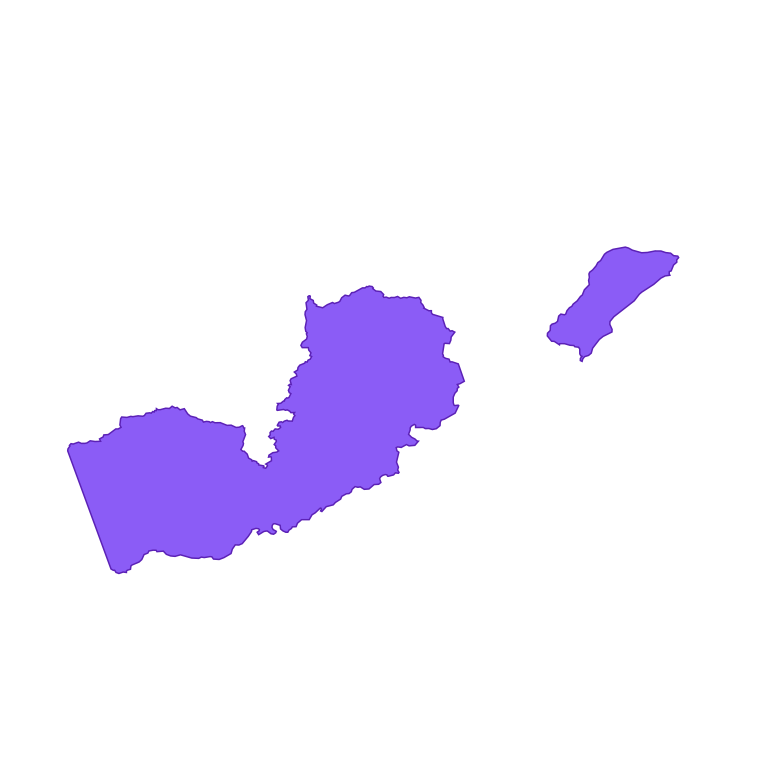 the district of Senador José Porfírio, Pará, Brazil, rotated 70°
{"feature_id": "56859067B45704380101234", "entity_name": "Senador José Porfírio", "entity_type": "district", "adm_level": 2, "iso_a3": "BRA", "parent_name": "Brazil", "parent_adm1": "Pará", "projection": "natural_earth1", "projection_center": [-51.783, -3.822], "detail": "fine", "context": "isolated", "style": "filled", "palette": "violet", "viewbox_px": 768, "rotation_deg": 70, "n_neighbors": 0, "source": "geoboundaries", "source_scale": "gbopen_adm2", "svg_char_len": 6140}
<svg xmlns="http://www.w3.org/2000/svg" viewBox="0 0 768 768"><g transform="rotate(70 384 384)"><path d="M338.7,704.1L464.5,703.8L466.5,702.1L466.9,700.8L469.4,700.3L471.4,697.9L471.5,693.4L473.0,690.5L471.7,690.0L471.2,688.9L471.4,685.6L468.5,684.1L467.9,682.7L467.5,674.9L466.1,671.6L462.2,667.8L462.1,663.7L460.5,662.0L461.2,657.8L462.3,655.0L463.9,654.7L465.6,648.5L469.6,646.8L472.6,643.3L474.5,639.3L474.9,633.7L481.8,624.2L484.5,617.7L484.2,614.8L485.6,612.3L486.7,606.5L487.5,604.9L490.2,604.1L492.5,598.9L492.4,593.8L491.0,585.7L487.3,583.0L484.3,578.8L485.7,575.4L485.5,571.8L480.7,563.6L477.4,559.1L475.7,558.1L475.9,553.7L477.1,551.4L478.3,550.9L479.2,551.5L479.9,553.9L482.7,553.3L481.5,547.3L481.9,544.9L482.4,543.8L486.1,541.4L487.4,539.1L486.8,536.7L485.6,535.6L482.8,538.0L480.4,538.3L478.6,537.3L477.6,535.8L478.0,534.2L481.3,529.9L484.8,530.8L487.4,529.3L489.7,527.0L490.4,525.1L488.8,523.2L488.1,520.4L486.9,519.0L488.0,515.4L485.2,512.9L483.3,507.8L485.9,500.7L482.3,496.4L481.5,492.6L478.9,486.6L479.0,485.8L480.1,485.6L481.6,487.0L482.6,486.0L479.5,480.2L480.2,473.0L478.7,470.2L477.3,464.1L475.1,462.1L474.3,456.9L475.0,454.3L474.1,451.6L472.1,450.1L470.5,446.3L472.1,443.9L472.6,441.4L476.2,438.6L477.5,434.0L475.1,427.7L476.4,423.3L475.5,420.6L471.5,420.5L470.2,419.1L469.4,416.6L469.5,413.8L470.3,412.4L471.9,412.1L472.2,411.4L472.7,406.1L471.4,403.7L472.8,401.0L472.2,400.1L469.5,400.6L467.1,398.9L461.7,399.0L453.2,393.4L451.2,394.7L447.9,394.3L447.8,392.6L449.5,389.5L448.6,383.6L450.7,381.6L452.2,376.0L449.5,371.2L448.8,372.5L446.3,373.7L443.5,376.3L439.7,378.1L436.2,375.2L434.2,374.4L433.0,372.8L432.3,369.4L433.5,368.4L435.7,369.2L438.3,361.9L440.0,360.5L441.2,357.0L443.3,354.1L443.9,350.1L442.3,345.6L439.2,344.2L437.5,342.6L437.7,339.2L435.7,327.1L429.9,321.2L429.3,321.5L428.4,325.0L427.5,325.5L425.2,325.3L420.0,323.4L416.9,320.5L415.4,317.6L413.2,316.6L412.5,314.7L409.5,315.3L409.7,312.5L408.9,307.6L390.5,307.3L386.4,312.5L385.9,314.3L382.9,314.4L380.9,317.4L378.6,319.1L377.3,318.4L375.8,318.7L366.8,313.8L366.6,312.8L368.4,308.7L365.7,306.2L362.8,304.8L359.5,299.7L357.2,301.8L357.0,303.7L353.8,304.8L353.4,306.2L351.0,306.8L342.9,306.5L341.6,305.9L335.1,314.6L333.3,315.1L331.3,314.4L330.5,316.8L326.3,320.7L325.9,320.1L323.1,320.4L320.0,321.6L318.0,320.6L314.5,321.6L314.0,325.0L310.7,330.4L310.8,333.0L309.3,335.8L309.2,339.0L306.4,341.3L306.3,344.6L305.1,347.7L305.2,349.8L303.1,352.2L302.6,354.5L301.3,354.9L299.8,353.7L296.0,355.4L293.8,359.9L290.6,361.9L290.1,361.2L288.4,361.8L286.9,364.4L287.1,366.0L286.5,366.9L287.2,369.0L286.3,371.4L287.7,380.6L287.1,383.1L289.2,386.2L289.1,387.3L287.2,390.2L288.5,394.3L291.1,397.1L291.6,398.7L291.4,403.1L289.8,404.5L290.1,410.2L291.4,415.5L287.8,420.9L286.8,420.2L283.9,422.4L281.3,421.9L278.5,424.4L276.4,423.3L275.7,423.5L275.5,424.5L275.9,425.7L279.4,426.4L281.0,429.5L287.5,430.9L289.2,433.3L291.8,434.5L297.9,435.1L304.0,438.8L307.7,439.5L309.7,438.7L310.3,439.8L313.0,439.8L315.3,441.4L316.8,446.4L319.3,448.9L321.9,448.4L323.9,442.7L326.4,443.1L329.8,442.0L332.0,444.0L333.4,442.6L335.4,444.8L335.6,447.2L337.1,448.7L336.2,450.3L337.3,451.4L337.5,456.7L339.0,459.1L341.3,460.4L342.1,464.2L344.5,463.0L346.8,463.2L347.3,469.5L348.6,471.0L352.8,471.3L352.1,472.7L352.6,474.2L354.4,473.1L357.2,476.0L359.7,476.0L361.2,474.8L364.2,478.0L364.2,479.6L363.7,480.2L364.7,482.6L365.9,483.4L365.6,484.2L366.8,487.7L365.9,490.7L366.9,490.3L368.4,492.0L371.7,493.6L372.3,493.2L373.6,487.1L375.0,485.5L375.2,483.8L377.3,481.9L379.1,481.3L380.2,477.8L381.2,479.2L383.3,478.6L384.3,480.4L387.5,482.9L386.0,486.7L384.9,487.5L384.8,490.4L385.5,492.4L384.4,493.4L384.0,495.6L386.3,498.4L387.1,498.2L388.0,495.9L389.4,496.0L390.4,498.8L389.0,501.7L390.5,504.4L389.7,505.9L390.7,507.7L393.0,508.4L393.9,510.3L396.6,509.1L396.5,505.6L398.3,506.0L399.9,504.5L401.1,504.8L403.3,507.9L405.1,506.9L406.9,507.6L410.8,505.9L411.3,508.1L410.5,511.9L411.5,516.4L413.2,517.5L413.6,515.4L414.2,514.9L417.6,516.0L418.8,522.5L420.4,521.3L421.2,521.6L422.7,524.0L421.3,526.0L420.2,524.9L419.6,525.3L417.2,529.4L416.1,529.1L414.6,530.4L413.4,530.3L411.4,532.8L411.4,534.3L410.0,534.2L407.3,536.6L403.1,536.5L399.3,538.4L398.8,539.8L396.6,540.9L393.6,537.5L391.9,536.4L390.0,536.4L384.2,531.4L380.6,531.5L377.7,530.0L377.4,530.8L375.3,530.9L374.7,531.4L375.1,534.8L374.2,537.9L370.4,541.7L369.2,545.6L364.3,551.1L362.6,556.1L360.7,558.1L360.9,560.2L359.6,561.2L358.4,563.6L358.0,566.7L355.8,567.1L353.1,570.9L351.3,572.0L348.0,576.9L344.9,578.7L338.9,580.1L338.5,584.5L335.3,586.4L335.0,588.4L332.4,590.7L333.6,594.0L332.1,597.4L331.6,603.0L330.8,605.2L329.3,606.3L331.1,607.1L330.6,608.6L331.7,609.6L330.8,610.7L331.8,612.8L331.0,613.8L330.1,617.6L331.7,620.0L331.8,621.7L329.8,626.0L328.8,631.2L327.8,633.0L327.5,636.9L325.3,641.8L326.6,643.4L332.2,646.2L334.8,645.9L335.3,649.2L334.5,651.4L337.2,660.4L336.0,664.7L337.7,666.1L338.3,670.1L340.9,669.9L339.2,675.2L336.9,679.5L337.8,683.3L337.5,685.3L336.3,688.7L334.2,690.9L334.1,696.6L333.0,698.5L334.1,700.6L334.9,700.4L336.9,703.2L338.7,704.1ZM402.6,150.3L399.4,145.0L391.4,120.4L386.9,113.3L385.8,110.3L382.6,96.4L379.2,87.5L378.6,82.8L379.6,78.2L377.9,78.3L375.9,77.4L376.0,75.5L371.2,71.2L369.7,67.2L367.5,66.5L366.0,63.9L364.3,64.2L362.5,67.9L359.1,69.9L356.9,74.3L353.8,78.2L351.7,83.8L350.5,91.4L348.8,97.0L343.2,104.8L339.8,107.8L337.9,110.4L335.8,122.8L336.5,129.7L337.5,132.5L342.1,138.2L343.1,141.6L345.6,144.4L348.2,149.0L349.3,152.5L350.7,153.8L354.1,154.6L356.6,156.3L360.9,157.1L364.0,163.5L368.2,167.2L368.9,169.4L372.0,174.1L373.6,178.9L375.3,181.0L375.7,183.6L377.7,187.0L380.4,189.3L380.7,190.7L378.8,193.9L379.9,196.6L384.5,199.5L385.4,202.2L385.2,205.7L386.2,207.7L390.5,209.5L392.2,213.0L394.7,214.1L401.1,211.9L402.2,209.4L407.2,205.7L406.3,205.2L406.5,204.2L407.9,200.5L411.2,196.0L412.8,192.4L414.2,192.0L416.0,188.6L418.1,188.1L422.7,189.7L424.9,189.4L425.7,188.5L427.1,190.7L429.1,191.5L430.5,190.1L428.4,188.6L426.9,186.2L427.1,182.0L425.9,178.7L421.7,175.7L415.8,166.4L414.2,161.8L413.1,152.0L410.7,151.0L405.1,151.4L402.6,150.3Z" fill="#8b5cf6" stroke="#5b21b6" stroke-width="1.5"/></g></svg>